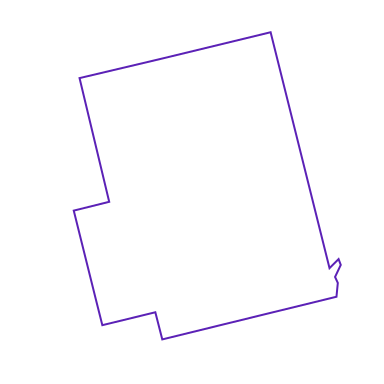 St. Clair, Missouri, United States of America, rotated 74°
{"feature_id": "52423323B7145650265545", "entity_name": "St. Clair", "entity_type": "district", "adm_level": 2, "iso_a3": "USA", "parent_name": "United States of America", "parent_adm1": "Missouri", "projection": "orthographic", "projection_center": [-93.674, 38.024], "detail": "fine", "context": "isolated", "style": "outline", "palette": "violet", "viewbox_px": 384, "rotation_deg": 74, "n_neighbors": 0, "source": "geoboundaries", "source_scale": "gbopen_adm2", "svg_char_len": 359}
<svg xmlns="http://www.w3.org/2000/svg" viewBox="0 0 384 384"><g transform="rotate(74 192 192)"><path d="M268.0,314.0L295.3,314.9L297.5,260.4L325.5,261.2L329.4,161.0L332.5,82.0L319.6,76.9L313.1,77.9L303.1,69.1L296.9,69.6L303.1,80.8L60.1,72.4L55.5,183.6L51.5,268.7L178.6,274.3L177.3,310.8L268.0,314.0Z" fill="none" stroke="#5b21b6" stroke-width="2"/></g></svg>